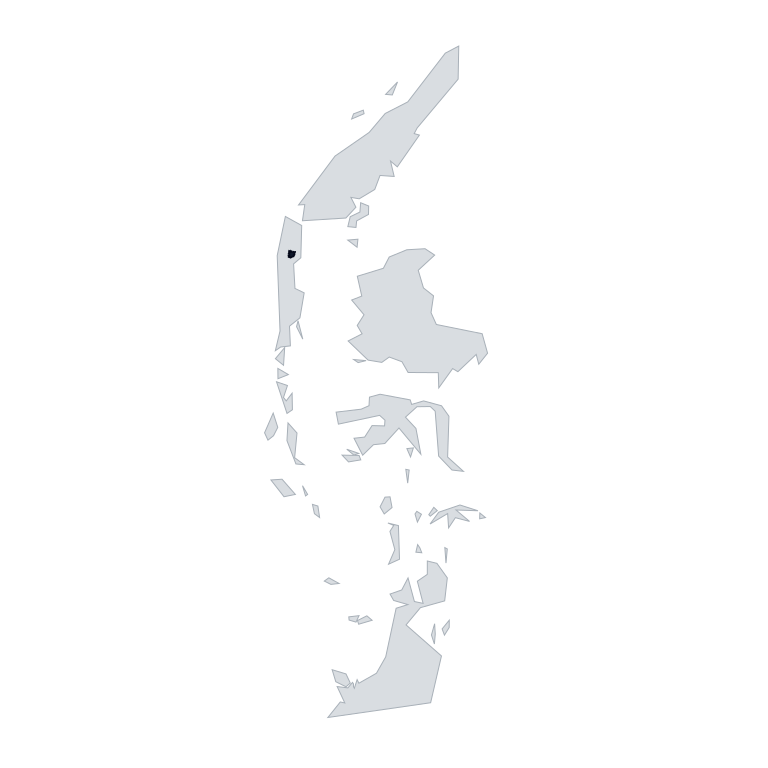 Sumedang, Jawa Barat, Indonesia (highlighted), rotated 81°
{"feature_id": "22746128B19624873108228", "entity_name": "Sumedang", "entity_type": "district", "adm_level": 2, "iso_a3": "IDN", "parent_name": "Indonesia", "parent_adm1": "Jawa Barat", "projection": "robinson", "projection_center": [107.99, -6.81], "detail": "fine", "context": "in_parent", "style": "filled", "palette": "ink", "viewbox_px": 768, "rotation_deg": 81, "n_neighbors": 0, "source": "geoboundaries", "source_scale": "gbopen_adm2", "svg_char_len": 5588}
<svg xmlns="http://www.w3.org/2000/svg" viewBox="0 0 768 768"><g transform="rotate(81 384 384)"><path d="M264.6,313.8L277.0,332.4L295.3,330.0L304.7,321.3L320.9,326.4L333.4,323.0L349.7,279.2L369.8,276.9L379.3,287.3L369.2,288.3L383.4,309.1L379.5,313.8L396.4,330.5L381.3,328.6L376.4,358.4L364.8,362.8L358.2,374.6L362.3,382.8L357.9,396.0L335.9,412.7L331.0,397.8L322.0,401.3L312.5,392.9L296.0,402.8L293.7,392.2L273.4,393.5L269.6,366.5L259.4,359.0L255.0,340.5L256.8,322.3L264.6,313.8ZM61.9,257.3L94.5,263.1L136.3,311.2L141.4,315.0L143.7,310.1L171.6,336.9L164.8,342.7L180.6,341.5L177.4,355.3L190.4,362.7L197.2,379.5L194.5,387.5L205.0,384.1L214.1,395.7L210.0,439.0L194.4,434.2L193.8,440.4L151.2,396.7L133.2,359.3L117.0,340.5L109.1,316.4L66.8,271.7L61.9,257.3ZM706.1,387.8L704.6,491.6L691.2,476.9L692.9,472.6L675.5,477.6L678.5,467.2L673.8,461.8L675.5,461.0L678.2,461.5L679.9,460.9L671.8,456.8L675.6,455.6L668.5,436.7L653.8,425.0L607.4,407.1L605.6,394.9L599.3,408.3L592.4,410.9L590.2,398.7L579.3,390.6L603.6,388.0L606.8,379.7L584.0,381.9L578.8,371.0L565.6,368.9L569.4,359.8L585.4,351.8L607.7,358.0L610.6,383.0L625.4,399.9L661.6,369.8L706.1,387.8ZM479.6,330.3L463.7,341.3L418.9,337.7L413.5,341.8L411.6,355.0L420.1,368.0L432.9,359.4L459.1,358.6L429.8,376.1L442.9,392.5L442.3,403.9L451.0,416.2L432.9,422.1L433.4,411.4L423.2,402.3L425.5,390.0L419.9,388.7L414.3,393.2L416.5,435.3L404.3,435.7L405.3,410.5L403.1,402.2L394.7,400.4L393.5,389.5L403.8,360.6L408.5,359.9L406.9,347.5L414.5,330.6L426.0,324.9L466.1,332.6L482.7,319.2L479.6,330.3ZM214.6,440.5L246.3,446.4L251.2,454.5L275.7,457.0L281.5,448.6L305.5,456.7L312.1,468.3L331.7,470.5L331.3,480.3L334.1,486.1L315.4,478.4L240.5,469.4L203.1,455.2L214.6,440.5ZM519.7,332.6L533.1,321.0L527.2,334.4L536.2,342.7L521.9,341.4L529.5,360.4L519.2,350.0L515.4,327.9L523.9,311.0L519.7,332.6ZM526.1,391.9L559.5,396.1L562.7,407.7L549.3,399.2L530.5,401.2L525.2,396.5L521.9,401.9L526.1,391.9ZM449.2,483.5L424.7,488.7L407.4,484.9L418.8,477.6L442.8,483.8L451.2,475.5L449.2,483.5ZM378.7,476.2L395.1,478.5L397.9,484.4L365.0,489.8L370.4,479.6L381.6,485.4L385.4,483.2L378.7,476.2ZM479.2,488.8L479.7,500.4L461.1,510.7L462.1,499.6L479.2,488.8ZM214.1,372.8L218.6,385.5L225.0,387.2L222.9,395.1L213.5,391.2L210.4,380.9L201.3,378.7L205.8,371.3L214.1,372.8ZM670.5,478.2L658.1,479.9L664.4,466.9L674.1,464.1L677.1,468.9L670.5,478.2ZM410.2,495.7L417.8,501.2L421.3,507.4L413.5,509.6L395.4,498.0L410.2,495.7ZM507.3,395.4L512.4,404.1L504.7,407.1L495.9,400.7L496.4,395.7L507.3,395.4ZM332.5,476.4L349.8,480.3L342.0,487.3L332.5,476.4ZM359.7,477.0L362.2,487.9L352.0,486.4L359.7,477.0ZM244.7,389.2L236.2,397.3L236.9,387.1L244.7,389.2ZM615.5,432.7L617.3,446.6L613.5,447.2L610.3,437.2L615.5,432.7ZM327.0,457.2L313.7,461.4L308.1,459.0L327.0,457.2ZM455.3,418.8L455.4,431.2L447.7,436.5L450.7,419.8L455.3,418.8ZM87.8,323.4L99.8,330.6L98.2,337.1L87.8,323.4ZM117.2,374.5L112.4,371.8L110.3,361.6L113.9,361.4L117.2,374.5ZM569.3,473.8L566.8,468.8L574.0,459.6L573.6,467.8L569.3,473.8ZM556.8,347.3L570.6,350.8L555.1,349.5L556.8,347.3ZM472.9,372.6L485.6,376.1L471.7,375.8L472.9,372.6ZM449.4,424.9L442.6,431.0L448.6,419.8L449.4,424.9ZM627.5,356.5L634.7,357.7L641.5,363.6L635.0,364.9L627.5,356.5ZM505.8,468.5L501.2,473.0L491.7,473.5L494.2,468.4L505.8,468.5ZM614.8,448.9L611.7,455.4L608.5,455.2L608.9,444.9L614.8,448.9ZM525.6,372.6L517.2,373.7L514.9,371.5L518.5,367.4L525.6,372.6ZM628.7,371.5L639.0,372.5L648.7,374.9L639.3,376.4L628.7,371.5ZM451.7,365.0L460.2,369.2L451.4,371.5L451.7,365.0ZM532.1,310.6L526.4,309.5L531.8,304.7L532.1,310.6ZM471.7,480.4L481.1,476.7L482.3,479.0L471.7,480.4ZM556.6,373.1L555.1,378.8L547.9,375.9L551.5,374.2L556.6,373.1ZM358.8,406.2L355.1,410.1L358.1,398.0L358.8,406.2ZM517.4,351.2L521.8,359.0L520.1,360.2L513.6,354.1L517.4,351.2Z" fill="#d9dde1" stroke="#a8b0b8" stroke-width="1"/><path d="M240.4,457.1L240.5,457.0L240.8,457.1L241.0,457.2L241.3,457.3L241.4,457.5L241.5,457.5L241.9,457.5L242.0,457.5L242.2,457.8L242.3,457.8L242.3,457.7L242.4,457.8L242.5,457.7L242.5,457.8L242.6,457.7L242.8,457.6L243.0,457.8L242.9,457.8L243.0,457.8L242.9,457.9L243.0,457.9L243.0,458.1L243.3,458.4L243.5,458.5L243.7,458.3L243.7,458.2L243.8,458.1L243.9,457.9L244.0,457.8L244.0,457.7L244.0,457.4L244.2,457.2L244.3,457.1L244.5,456.9L244.7,456.7L244.7,456.4L244.6,456.2L244.4,456.1L244.4,455.9L244.4,455.7L244.2,455.5L244.2,455.4L244.2,455.2L243.9,455.0L243.9,454.9L243.8,454.7L244.0,454.6L244.0,454.4L243.9,454.2L243.7,454.0L243.7,453.9L243.8,453.9L243.8,453.7L243.9,453.4L243.7,453.3L243.8,453.3L243.7,453.3L243.7,453.2L243.4,453.1L243.2,453.1L243.2,452.9L243.0,452.7L242.9,452.7L242.7,452.5L242.6,452.4L242.4,452.3L242.4,452.2L242.2,452.1L242.1,452.3L242.1,452.5L241.9,452.6L241.7,452.6L241.4,452.4L241.2,452.1L241.0,451.9L240.9,451.9L240.7,451.8L240.8,451.8L240.7,451.7L240.4,451.4L240.0,451.3L239.9,451.3L239.9,451.2L239.6,451.1L239.6,451.3L239.6,451.5L239.6,451.8L239.5,452.0L239.6,452.3L239.4,452.4L239.4,452.5L239.2,452.6L239.1,452.8L239.3,452.8L239.4,453.0L239.3,453.3L239.4,453.5L239.4,453.8L239.4,454.0L239.4,454.3L239.2,454.4L239.1,454.5L238.9,454.8L238.8,454.7L238.7,454.7L238.4,454.7L238.3,454.8L238.1,454.9L238.1,455.0L238.0,455.3L238.0,455.5L238.0,455.8L238.1,456.0L238.3,456.2L238.2,456.2L238.3,456.3L238.2,456.3L238.3,456.3L238.2,456.4L238.3,456.4L238.2,456.5L238.3,456.5L238.2,456.6L238.2,456.8L238.3,456.9L238.2,457.1L238.3,457.1L238.5,457.2L238.8,457.3L239.2,457.3L239.3,457.3L239.2,457.3L239.3,457.3L239.5,457.4L239.8,457.3L239.8,457.2L239.9,457.3L239.9,457.2L240.0,457.2L240.1,457.3L240.1,457.2L240.4,457.1L240.4,457.1Z" fill="#0f172a" stroke="#020617" stroke-width="1.5"/></g></svg>